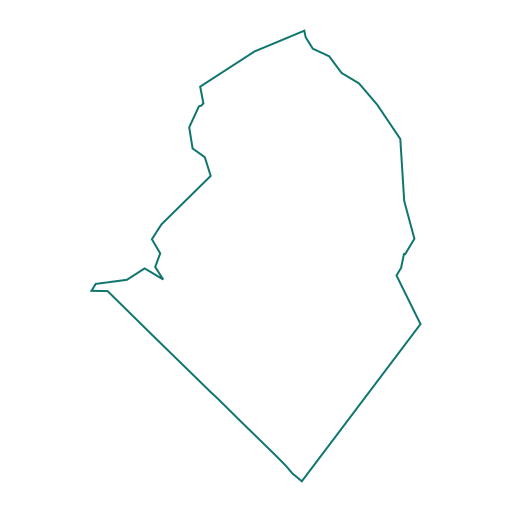 Scotland, North Carolina, United States of America
{"feature_id": "52423323B8498333390768", "entity_name": "Scotland", "entity_type": "district", "adm_level": 2, "iso_a3": "USA", "parent_name": "United States of America", "parent_adm1": "North Carolina", "projection": "robinson", "projection_center": [-79.504, 34.837], "detail": "fine", "context": "isolated", "style": "outline", "palette": "teal", "viewbox_px": 512, "rotation_deg": 0, "n_neighbors": 0, "source": "geoboundaries", "source_scale": "gbopen_adm2", "svg_char_len": 775}
<svg xmlns="http://www.w3.org/2000/svg" viewBox="0 0 512 512"><path d="M405.1,254.2L414.4,238.8L404.2,200.9L400.3,139.0L377.2,104.7L359.0,83.4L341.6,73.0L329.2,56.3L312.8,48.7L305.7,37.3L304.3,30.7L254.6,51.4L200.2,86.6L203.4,103.5L202.3,104.3L201.8,105.2L200.9,105.8L198.9,106.4L189.2,127.3L192.6,148.5L204.8,157.2L210.7,175.9L161.5,224.3L151.9,239.2L160.2,253.4L155.2,267.0L163.2,279.5L144.6,268.4L126.9,279.8L95.7,283.9L91.5,290.8L94.0,290.9L96.0,290.9L107.6,291.1L144.9,327.8L147.3,330.2L210.8,392.2L217.4,398.3L237.3,418.0L248.4,428.9L249.6,430.0L275.8,455.6L285.7,465.6L292.7,473.8L295.3,475.8L301.8,481.3L420.5,324.1L396.5,275.5L401.1,267.8L403.9,254.3L404.0,254.2L404.2,253.9L404.6,253.9L404.9,254.2L405.1,254.2Z" fill="none" stroke="#0f766e" stroke-width="2"/></svg>